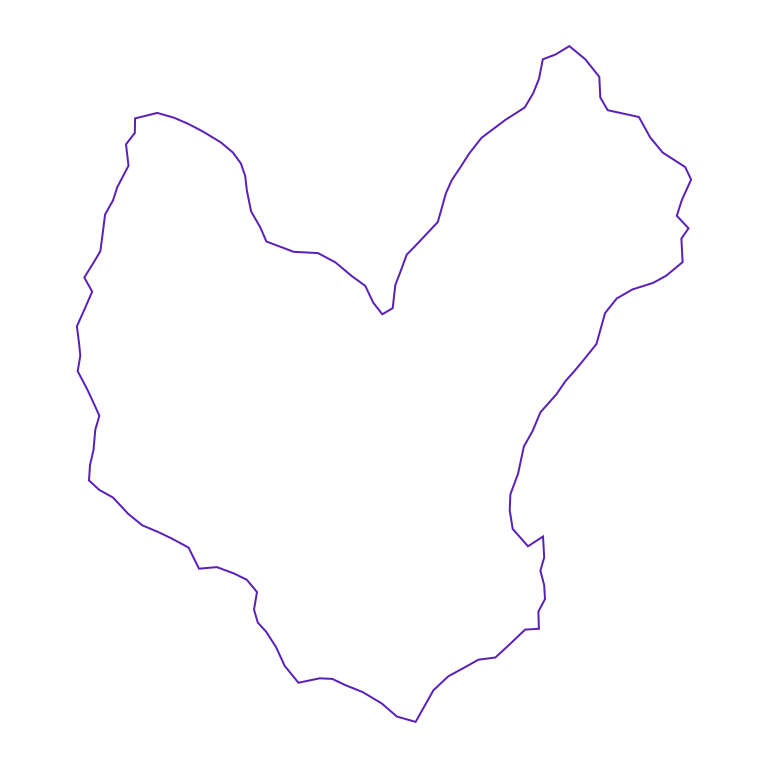 outline of Paranapuã, São Paulo, Brazil
{"feature_id": "56859067B54514315232654", "entity_name": "Paranapuã", "entity_type": "district", "adm_level": 2, "iso_a3": "BRA", "parent_name": "Brazil", "parent_adm1": "São Paulo", "projection": "orthographic", "projection_center": [-50.592, -20.064], "detail": "fine", "context": "isolated", "style": "outline", "palette": "violet", "viewbox_px": 768, "rotation_deg": 0, "n_neighbors": 0, "source": "geoboundaries", "source_scale": "gbopen_adm2", "svg_char_len": 1699}
<svg xmlns="http://www.w3.org/2000/svg" viewBox="0 0 768 768"><path d="M682.6,262.1L681.4,238.6L688.5,228.3L676.8,215.8L681.9,199.9L691.1,179.6L685.2,167.1L662.6,152.5L650.1,137.3L638.9,117.0L607.7,110.2L600.3,97.5L599.3,76.9L585.3,59.3L569.3,46.1L555.5,54.5L542.8,59.3L539.0,78.8L533.1,93.4L524.7,107.5L505.2,120.0L481.5,137.8L469.0,153.8L461.4,165.7L451.7,180.3L445.9,193.3L437.8,222.0L417.7,243.4L406.7,254.7L399.9,273.1L395.3,285.1L392.7,308.1L382.3,314.3L373.2,302.6L365.3,285.9L351.8,276.1L335.3,262.3L318.0,253.1L293.6,251.8L266.4,241.5L260.3,227.4L251.1,211.4L246.8,190.1L245.2,176.0L240.9,163.5L232.8,152.4L220.6,142.2L203.0,131.6L188.5,124.0L174.3,117.8L157.2,112.9L135.1,118.4L134.8,133.0L126.0,144.3L128.5,165.7L117.3,187.1L113.0,200.4L105.1,214.5L102.3,236.4L100.3,251.3L93.4,262.9L84.3,277.5L92.2,291.6L85.6,306.8L76.9,326.3L79.0,342.8L80.3,355.5L77.7,371.2L87.6,390.1L94.0,403.9L99.4,415.8L95.3,429.6L93.5,449.9L90.0,465.1L89.0,480.5L99.4,490.0L113.1,497.6L128.1,513.8L142.4,525.4L157.9,531.9L171.1,538.2L188.6,547.6L199.0,568.7L216.8,567.1L233.6,573.3L246.8,579.8L257.0,592.0L254.0,609.6L257.8,622.6L266.2,631.8L276.1,647.2L284.7,665.9L298.4,682.7L319.8,678.3L332.2,678.9L346.0,685.4L362.7,692.1L381.8,703.5L396.8,716.5L415.6,721.9L433.4,690.3L448.4,676.2L463.9,667.8L478.4,659.7L495.4,657.5L511.7,642.4L525.1,629.6L538.9,628.8L538.4,611.5L545.0,599.1L544.2,585.3L540.4,570.6L544.2,557.4L543.0,536.5L528.0,546.3L512.7,528.9L509.7,510.3L510.4,494.3L518.1,473.5L523.9,446.4L532.6,431.0L540.4,412.3L556.5,394.2L565.6,380.9L574.3,371.2L582.2,361.7L596.4,344.1L605.1,313.0L616.8,298.4L632.5,289.4L653.1,282.9L666.3,275.6L682.6,262.1Z" fill="none" stroke="#5b21b6" stroke-width="2"/></svg>